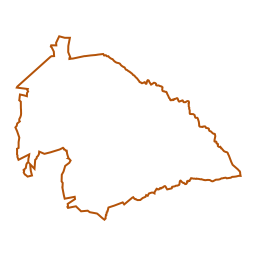 outline of Gutu, Masvingo, Zimbabwe
{"feature_id": "62879985B73698916591345", "entity_name": "Gutu", "entity_type": "district", "adm_level": 2, "iso_a3": "ZWE", "parent_name": "Zimbabwe", "parent_adm1": "Masvingo", "projection": "natural_earth1", "projection_center": [31.544, -19.591], "detail": "fine", "context": "isolated", "style": "outline", "palette": "amber", "viewbox_px": 256, "rotation_deg": 0, "n_neighbors": 0, "source": "geoboundaries", "source_scale": "gbopen_adm2", "svg_char_len": 5737}
<svg xmlns="http://www.w3.org/2000/svg" viewBox="0 0 256 256"><path d="M240.6,175.9L240.2,173.8L240.1,172.2L239.7,171.2L239.2,170.9L237.9,169.4L232.6,164.8L231.3,162.0L228.8,155.4L228.2,154.4L228.0,153.7L227.8,153.1L227.2,152.4L226.2,152.0L225.5,151.9L223.9,151.1L220.7,147.3L220.6,147.6L220.2,147.1L219.0,146.9L218.0,146.2L217.8,145.9L218.0,144.4L217.9,144.0L217.7,143.8L216.8,143.6L216.6,143.4L216.4,142.9L216.5,142.2L216.2,141.7L215.6,141.5L214.8,141.6L214.5,141.4L214.5,141.0L214.5,140.1L215.3,136.2L214.9,134.1L214.5,133.8L213.7,133.8L213.3,133.6L212.7,133.2L210.8,131.4L209.6,131.0L209.4,130.8L209.3,130.4L208.9,129.9L208.8,128.7L207.9,128.2L207.0,128.1L206.0,127.9L205.5,126.8L205.2,126.5L204.4,126.4L203.5,126.5L203.1,126.5L202.7,127.0L202.1,126.9L201.4,126.9L199.8,126.6L199.4,126.2L199.2,125.7L199.1,124.0L198.8,121.7L197.8,118.6L197.5,118.0L197.3,117.8L195.8,117.8L195.4,117.6L195.1,117.1L194.6,115.1L194.2,114.8L193.4,114.2L192.7,114.1L190.2,114.0L189.9,113.8L189.7,113.1L189.7,110.4L189.1,108.6L189.3,108.0L189.3,107.7L188.7,106.4L188.8,104.6L188.5,103.8L189.0,103.1L189.0,102.6L188.9,101.9L188.6,101.3L188.4,101.2L187.4,101.1L186.5,101.5L185.8,102.0L185.3,102.2L184.0,102.2L183.6,102.1L183.4,101.8L182.7,100.5L182.3,100.4L181.0,101.0L180.5,101.1L179.2,101.6L178.8,101.3L178.3,100.5L177.9,99.2L177.5,98.4L177.2,98.2L176.8,98.2L176.0,98.6L175.3,98.9L174.2,99.0L173.8,99.8L173.5,100.0L173.0,100.1L172.7,99.7L172.4,99.6L171.0,100.3L170.6,100.2L170.2,99.8L169.9,98.9L169.6,98.3L169.2,98.1L169.0,97.8L168.4,96.2L167.2,93.9L167.0,93.1L166.6,92.6L166.4,92.0L166.0,91.8L165.7,91.9L164.7,91.6L164.3,91.3L164.1,91.3L163.9,91.4L163.5,91.3L162.9,91.1L162.6,90.9L162.2,89.6L162.5,87.3L162.3,87.1L161.8,86.8L161.6,86.5L160.6,86.2L160.0,86.1L159.0,85.6L158.4,85.4L157.9,85.5L157.4,85.5L156.5,85.4L156.1,85.0L156.0,84.5L156.1,83.9L155.9,83.6L154.9,82.9L154.3,82.8L153.8,82.8L152.8,83.6L152.4,83.7L151.5,84.5L151.0,84.6L150.8,84.3L150.5,83.7L149.4,82.1L148.8,80.6L148.3,80.3L148.0,80.2L147.7,80.2L147.3,80.7L147.1,81.2L147.0,81.8L146.7,82.4L146.5,83.6L146.2,83.8L145.7,83.7L145.1,82.9L144.7,82.2L142.2,83.2L141.8,83.2L141.5,83.1L140.7,82.3L140.0,82.2L139.6,82.0L139.4,81.7L139.2,81.2L137.4,78.9L137.2,78.5L136.1,77.6L134.7,76.1L134.5,75.7L134.1,75.4L133.1,75.0L132.2,73.7L131.5,73.3L130.4,72.3L129.9,72.1L129.5,71.6L128.5,71.2L127.2,70.1L125.9,69.6L125.4,68.9L124.7,67.6L124.4,67.3L123.5,67.0L121.7,65.8L121.0,65.2L119.9,63.7L118.9,63.2L116.8,62.7L115.5,62.1L114.3,61.1L114.0,60.9L112.5,59.1L111.9,59.0L110.6,58.3L109.1,57.2L108.6,56.5L108.3,56.2L107.5,56.3L106.8,56.2L105.8,55.2L104.5,55.5L104.0,55.4L103.7,54.6L103.2,54.0L98.1,54.6L95.6,55.0L90.9,55.4L85.3,56.1L84.5,56.1L72.7,58.6L71.9,58.6L69.4,59.0L69.4,58.1L70.2,57.1L68.2,52.1L68.3,46.0L69.9,37.8L64.8,37.8L59.2,36.3L56.1,42.8L56.3,45.4L51.2,45.3L50.8,46.4L50.8,46.6L51.7,47.4L53.8,51.6L54.1,56.1L51.5,56.2L50.4,56.9L17.3,86.6L16.8,87.6L27.8,89.0L27.5,89.8L27.2,89.8L28.1,91.4L27.0,93.1L26.9,96.2L24.2,95.4L20.0,94.5L19.6,97.4L19.4,99.5L19.2,100.2L20.8,101.7L20.9,108.9L21.0,109.1L21.1,113.6L20.9,115.4L20.3,117.2L19.3,119.1L19.2,120.3L19.8,121.4L17.2,123.5L16.7,125.9L15.4,127.4L17.1,131.2L19.3,137.6L18.6,142.2L18.6,147.9L17.0,148.8L17.1,151.4L17.0,154.4L17.5,155.4L17.4,156.9L18.5,159.8L29.2,154.4L28.9,156.8L28.4,158.7L28.2,162.7L27.3,162.8L26.4,164.3L25.8,168.0L23.6,170.0L24.2,170.7L23.7,172.5L24.8,174.4L26.2,175.4L27.6,176.6L32.0,175.5L30.8,170.8L30.1,164.2L34.5,168.8L35.2,159.8L36.6,158.5L36.8,157.0L38.0,155.9L38.9,154.2L39.2,151.6L44.3,153.8L44.6,153.8L50.5,152.3L59.6,149.5L63.0,147.8L63.3,148.0L63.6,148.5L63.9,148.7L63.9,149.1L64.1,149.5L64.7,149.6L65.4,150.0L65.8,150.7L66.7,150.7L66.8,151.1L66.8,151.7L67.2,154.1L68.5,158.3L68.3,158.4L68.6,158.5L68.7,158.3L70.6,160.5L69.3,162.8L65.2,165.9L63.5,171.6L61.8,174.7L61.6,181.4L62.7,182.9L62.5,187.6L62.4,187.6L63.8,195.0L64.7,198.7L74.7,196.8L75.0,199.1L67.7,203.9L68.0,206.0L67.4,206.9L68.0,207.9L70.3,207.4L75.9,206.3L81.1,211.3L87.7,210.7L89.8,212.2L96.9,213.5L97.4,213.8L98.6,214.8L102.0,217.8L104.4,219.7L105.6,218.5L105.5,217.7L105.9,215.5L106.3,215.1L106.0,214.6L106.6,213.7L106.7,213.1L106.7,212.3L107.5,211.6L107.5,210.6L108.0,209.9L108.2,208.3L108.5,207.5L114.3,205.6L122.7,202.4L124.2,204.4L131.4,198.4L132.2,197.7L133.2,197.2L134.5,198.8L135.0,199.1L135.4,199.1L135.7,199.0L136.0,199.3L135.9,199.4L137.6,200.1L140.3,200.0L142.7,198.0L145.5,196.8L146.2,195.1L147.7,195.8L148.9,193.5L151.6,192.6L153.0,192.6L154.5,193.4L154.6,192.1L156.6,188.8L156.8,188.9L157.0,188.9L157.3,189.3L157.7,189.4L157.8,189.2L158.0,189.1L158.5,189.4L158.8,189.4L159.8,188.8L160.0,188.6L160.1,188.1L160.6,188.0L160.7,188.5L161.0,188.5L161.8,188.0L162.5,187.4L163.0,187.4L163.7,186.6L164.8,186.1L165.2,186.2L165.8,187.0L166.4,188.2L167.2,189.4L171.6,188.4L171.9,188.0L172.0,187.2L172.2,186.8L174.9,186.3L175.9,185.7L177.7,185.6L178.3,185.2L179.1,184.9L179.4,184.3L179.8,181.6L180.1,180.9L180.5,180.6L180.8,180.7L182.0,182.1L182.4,182.3L183.3,183.0L183.9,182.9L185.2,184.1L185.9,183.9L186.3,183.9L186.5,183.3L187.0,182.9L187.1,182.7L187.1,182.3L187.0,181.7L187.2,181.2L187.5,181.2L187.7,181.5L187.9,181.5L188.2,180.8L188.5,180.8L189.0,181.0L189.5,181.0L190.0,179.9L190.7,179.1L190.9,178.3L191.1,178.2L192.0,178.3L193.7,178.7L194.6,178.6L195.7,178.9L196.2,178.9L196.5,178.6L197.4,178.8L198.7,178.9L200.4,179.3L201.5,179.2L201.7,179.4L202.4,179.5L203.5,179.9L204.3,180.0L205.0,180.2L206.1,180.1L207.6,179.9L209.6,180.0L210.3,180.3L211.5,181.1L212.7,181.3L213.2,181.1L215.9,179.7L218.3,179.6L219.7,179.3L220.2,179.1L221.4,178.4L222.7,178.3L223.7,178.0L225.6,177.7L226.0,177.8L226.7,178.3L228.3,178.1L230.8,177.7L232.1,176.9L232.7,176.8L233.7,176.8L236.1,176.5L238.9,175.8L240.6,175.9Z" fill="none" stroke="#b45309" stroke-width="2"/></svg>